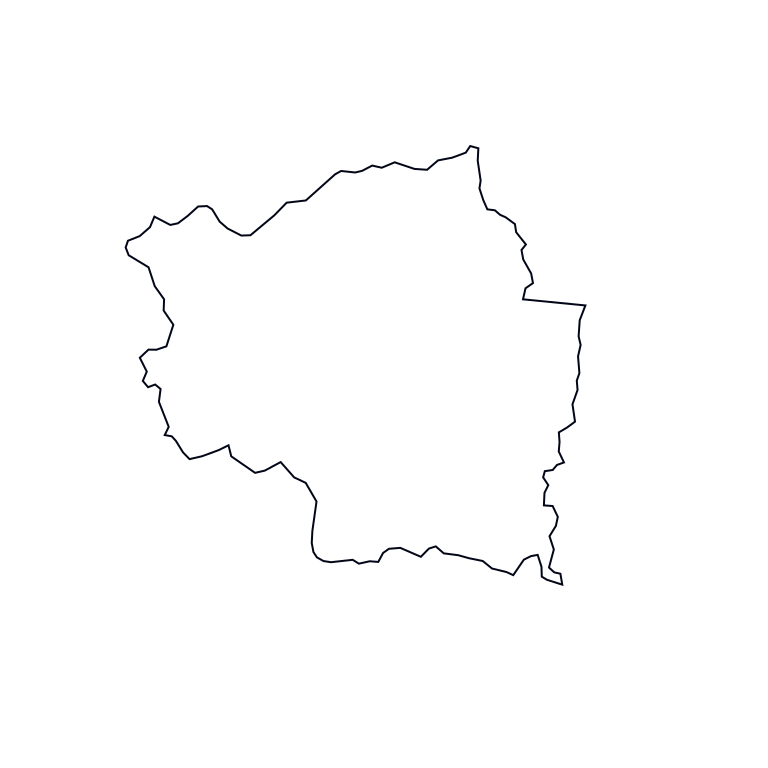 outline of Caraá, Rio Grande do Sul, Brazil, rotated 237°
{"feature_id": "56859067B89739893768390", "entity_name": "Caraá", "entity_type": "district", "adm_level": 2, "iso_a3": "BRA", "parent_name": "Brazil", "parent_adm1": "Rio Grande do Sul", "projection": "mercator", "projection_center": [-50.349, -29.77], "detail": "fine", "context": "isolated", "style": "outline", "palette": "ink", "viewbox_px": 768, "rotation_deg": 237, "n_neighbors": 0, "source": "geoboundaries", "source_scale": "gbopen_adm2", "svg_char_len": 1894}
<svg xmlns="http://www.w3.org/2000/svg" viewBox="0 0 768 768"><g transform="rotate(237 384 384)"><path d="M649.4,282.6L643.0,273.2L641.1,259.7L643.6,247.3L639.2,241.7L631.0,240.0L610.1,250.1L590.9,245.0L574.8,245.7L565.6,239.2L548.4,239.6L534.1,222.0L536.7,211.8L541.1,205.2L539.0,193.5L523.6,191.8L517.9,183.4L509.8,184.4L508.2,191.8L501.5,193.9L491.6,185.5L465.3,180.1L460.6,172.3L455.7,177.5L449.7,178.5L436.1,178.2L426.9,180.0L422.5,192.1L418.6,209.3L417.3,220.2L406.5,216.5L379.7,227.5L376.3,236.8L374.8,254.8L354.6,257.8L343.7,264.5L322.2,263.4L299.9,244.0L290.0,236.8L281.5,233.3L275.2,233.3L268.5,236.8L263.4,242.5L253.6,262.0L247.0,265.1L243.1,275.5L237.9,282.3L242.8,291.2L243.1,298.4L237.7,308.4L219.0,320.8L221.5,332.0L219.6,339.0L209.4,341.9L200.0,353.0L191.7,360.3L181.8,370.4L170.4,374.1L159.6,384.3L153.3,388.3L160.5,405.6L159.6,413.5L157.0,419.8L144.9,416.5L136.5,411.4L131.1,414.0L118.6,424.2L128.8,428.6L133.3,424.2L140.2,422.4L152.7,436.3L166.2,439.9L171.4,450.9L177.9,457.4L189.8,459.0L195.1,452.0L205.3,459.3L209.7,466.7L219.0,466.6L223.3,471.4L220.0,478.7L221.9,484.9L220.2,492.2L232.2,493.8L239.7,499.6L248.2,504.3L247.8,513.9L248.4,523.7L264.3,531.0L273.6,543.1L281.8,547.5L286.7,553.8L301.5,561.8L309.7,570.2L318.0,573.2L330.9,582.9L340.2,595.7L345.3,589.3L379.3,546.7L387.2,554.8L387.5,563.9L396.5,567.6L412.6,568.6L421.5,572.3L423.7,579.0L439.3,577.5L446.8,580.9L457.6,576.8L462.7,573.5L469.3,571.6L474.2,565.8L484.1,567.4L496.1,570.6L501.9,575.8L520.2,584.2L530.3,591.5L536.6,585.9L533.5,578.6L535.1,571.3L536.7,564.4L542.1,551.1L540.2,536.8L547.8,526.7L564.1,513.7L566.6,499.9L573.6,493.1L574.7,481.7L577.1,475.0L586.0,464.1L586.5,457.2L580.5,418.4L589.1,401.1L585.2,383.9L581.5,353.0L586.2,345.2L599.6,337.5L609.7,334.6L624.1,335.0L629.6,332.5L634.1,324.8L631.9,311.0L631.0,298.7L633.8,291.4L649.4,282.6Z" fill="none" stroke="#020617" stroke-width="2"/></g></svg>